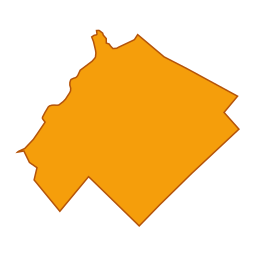 the district of Ste. Genevieve, Missouri, United States of America, rotated 269°
{"feature_id": "52423323B83513729343256", "entity_name": "Ste. Genevieve", "entity_type": "district", "adm_level": 2, "iso_a3": "USA", "parent_name": "United States of America", "parent_adm1": "Missouri", "projection": "equal_earth", "projection_center": [-90.094, 37.899], "detail": "fine", "context": "isolated", "style": "filled", "palette": "amber", "viewbox_px": 256, "rotation_deg": 269, "n_neighbors": 0, "source": "geoboundaries", "source_scale": "gbopen_adm2", "svg_char_len": 1032}
<svg xmlns="http://www.w3.org/2000/svg" viewBox="0 0 256 256"><g transform="rotate(269 128 128)"><path d="M105.8,17.1L106.8,23.5L95.2,28.9L89.9,36.3L77.7,33.2L45.9,58.4L80.0,87.7L78.0,89.8L29.9,137.5L50.7,158.4L81.6,191.0L124.9,238.9L141.9,224.3L157.9,238.1L185.8,188.9L198.5,165.3L221.2,139.3L216.6,136.2L215.9,135.4L208.9,119.9L208.2,118.7L207.9,118.0L207.7,114.3L210.1,112.1L212.3,110.6L213.3,107.8L217.8,107.8L221.3,104.9L223.3,104.3L225.9,101.1L226.1,100.3L226.0,98.2L222.8,98.6L222.0,98.4L221.6,97.7L221.3,95.8L219.7,93.3L215.0,95.0L206.2,96.9L203.5,97.2L199.5,96.7L198.4,96.0L195.4,93.3L186.6,81.2L181.6,78.8L180.5,78.0L179.6,77.1L179.1,76.0L178.8,74.8L178.1,73.1L177.5,71.9L176.7,71.4L174.6,70.7L171.9,70.6L168.8,71.4L166.1,71.2L164.1,70.2L157.9,66.0L155.4,63.5L152.2,59.2L152.0,57.6L152.2,54.4L152.1,52.3L151.5,50.0L150.5,48.7L145.4,45.5L140.3,42.7L139.2,42.6L138.5,42.9L135.3,45.2L123.3,36.8L122.5,36.2L118.3,33.2L109.3,24.4L106.7,18.4L105.9,17.2L105.8,17.1Z" fill="#f59e0b" stroke="#b45309" stroke-width="1.5"/></g></svg>